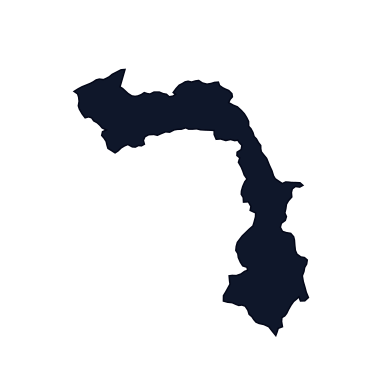 Santo André, São Paulo, Brazil (orthographic projection), rotated 197°
{"feature_id": "56859067B67928479043835", "entity_name": "Santo André", "entity_type": "district", "adm_level": 2, "iso_a3": "BRA", "parent_name": "Brazil", "parent_adm1": "São Paulo", "projection": "orthographic", "projection_center": [-46.438, -23.712], "detail": "fine", "context": "isolated", "style": "filled", "palette": "ink", "viewbox_px": 384, "rotation_deg": 197, "n_neighbors": 0, "source": "geoboundaries", "source_scale": "gbopen_adm2", "svg_char_len": 3115}
<svg xmlns="http://www.w3.org/2000/svg" viewBox="0 0 384 384"><g transform="rotate(197 192 192)"><path d="M291.9,289.6L295.6,288.1L299.0,284.8L302.7,281.2L304.8,278.0L307.2,275.6L309.5,273.6L313.6,272.9L316.4,271.2L318.6,268.5L320.9,266.2L324.3,263.4L327.9,260.5L331.0,257.4L334.2,253.7L330.1,252.4L328.2,249.7L326.5,245.8L325.9,241.2L323.9,238.3L319.8,234.5L315.9,231.7L312.9,233.6L309.7,233.6L306.8,231.3L302.9,230.5L299.4,228.8L296.7,227.0L292.1,226.3L295.2,223.5L294.9,219.7L291.9,217.8L288.9,215.3L286.9,211.8L285.1,209.1L281.2,208.1L277.0,206.9L274.7,209.7L272.6,213.5L270.0,216.4L267.2,218.7L262.3,217.7L259.3,218.4L256.8,220.8L253.8,221.4L251.5,223.8L253.6,227.1L253.2,231.0L250.2,234.1L245.3,235.9L241.7,236.1L239.2,238.3L234.9,241.8L230.8,242.7L227.2,246.2L224.2,247.7L220.4,249.0L216.7,251.6L213.7,251.1L210.1,252.2L206.0,253.8L202.2,254.0L198.0,255.0L193.2,256.3L188.8,257.3L187.6,253.4L184.3,249.5L180.1,251.1L174.7,251.1L170.5,253.5L166.2,253.6L163.4,254.9L161.2,253.1L157.9,251.2L157.4,246.9L160.5,243.3L159.7,240.0L156.3,238.6L156.3,234.0L152.1,230.1L149.5,226.9L147.1,223.6L143.2,220.5L144.5,217.2L145.1,212.1L145.0,207.4L144.2,204.2L141.4,201.7L139.8,197.4L135.2,199.1L131.4,195.4L131.0,191.4L125.0,190.6L124.0,186.7L123.8,181.4L123.8,177.4L126.4,173.2L129.1,168.3L131.1,164.7L132.4,161.2L133.9,157.1L133.8,152.9L133.0,148.9L130.2,146.5L128.5,142.8L125.2,139.0L121.9,136.2L117.3,136.1L116.0,133.3L118.5,131.5L121.2,127.9L125.2,125.0L129.1,124.0L132.0,122.7L130.1,118.0L128.7,115.0L130.5,106.4L131.6,102.1L130.1,96.9L125.8,97.0L121.2,97.9L117.2,97.4L114.1,97.2L111.3,98.5L107.8,98.4L104.0,95.3L101.6,91.7L98.3,90.3L95.5,88.0L92.8,86.3L89.5,85.9L84.5,86.3L79.2,85.6L74.5,82.3L69.9,79.2L69.7,83.1L69.7,86.8L66.1,89.6L68.5,94.4L69.3,98.2L67.1,100.6L66.0,103.5L65.3,107.9L64.2,112.8L62.8,117.0L60.6,120.3L59.2,123.1L56.4,119.5L52.3,120.9L49.8,125.1L53.4,129.5L56.0,133.7L59.4,138.9L62.0,144.1L61.7,148.7L62.2,152.7L61.3,156.6L61.9,160.7L65.3,162.2L69.0,161.7L73.5,163.3L76.1,166.4L78.1,171.1L80.0,176.0L81.7,178.9L85.5,181.3L90.0,180.7L94.0,180.8L97.2,184.1L97.4,188.2L94.5,192.1L94.5,196.1L97.1,199.1L97.4,203.5L98.1,207.9L97.2,211.8L95.1,216.4L96.8,220.6L97.0,224.3L94.7,227.5L90.4,228.2L87.9,230.8L91.4,232.4L96.2,231.2L99.5,230.2L102.4,229.7L105.3,229.0L108.1,226.5L113.1,228.0L116.3,229.0L118.8,231.3L121.7,235.6L125.9,240.3L127.9,242.8L130.5,246.0L134.4,248.6L137.5,250.8L138.9,253.5L139.9,256.6L142.9,258.7L145.9,261.6L148.8,263.2L151.2,266.8L154.2,269.8L157.0,271.4L158.5,276.0L161.4,279.1L164.7,282.0L168.5,284.3L173.5,286.7L177.9,287.1L183.1,288.2L182.6,291.7L181.2,294.8L182.6,297.7L186.5,299.8L190.3,300.2L193.2,300.7L196.8,301.9L198.9,304.8L202.5,303.4L205.4,301.4L209.2,299.5L214.0,299.3L218.2,300.6L221.2,299.2L224.6,297.0L228.1,296.8L230.8,295.3L232.9,292.9L235.5,290.4L237.5,286.2L239.1,281.6L236.3,280.6L238.3,278.1L241.7,276.4L245.0,278.0L248.5,277.6L252.4,278.0L257.6,276.4L260.8,273.4L263.7,273.0L266.7,273.1L269.0,270.3L271.9,268.0L274.4,266.8L277.7,266.3L282.0,267.5L285.9,269.4L288.6,270.7L291.6,271.5L291.9,289.6Z" fill="#0f172a" stroke="#020617" stroke-width="1.5"/></g></svg>